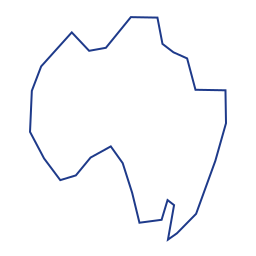 Debrecen, Mercator projection, rotated 181°
{"feature_id": "HUN-4924", "entity_name": "Debrecen", "entity_type": "Urban county", "adm_level": 1, "iso_a3": "HUN", "parent_name": "Hungary", "parent_adm1": "", "projection": "mercator", "projection_center": [21.625, 47.561], "detail": "fine", "context": "isolated", "style": "outline", "palette": "blue", "viewbox_px": 256, "rotation_deg": 181, "n_neighbors": 0, "source": "natural_earth", "source_scale": "10m", "svg_char_len": 497}
<svg xmlns="http://www.w3.org/2000/svg" viewBox="0 0 256 256"><g transform="rotate(181 128 128)"><path d="M86.1,17.1L80.6,51.7L87.2,56.6L92.8,36.8L114.9,33.5L122.7,63.2L132.7,92.8L144.9,109.3L164.9,97.8L179.3,79.7L194.8,74.7L211.4,96.1L225.9,122.4L224.8,163.5L215.9,188.1L185.9,222.6L168.2,204.5L151.5,207.8L127.1,238.9L100.5,238.9L95.0,212.7L83.9,204.5L70.1,198.6L61.2,167.4L31.2,167.4L30.1,134.5L40.1,96.7L58.4,43.4L77.2,23.6L86.1,17.1Z" fill="none" stroke="#1e3a8a" stroke-width="2"/></g></svg>